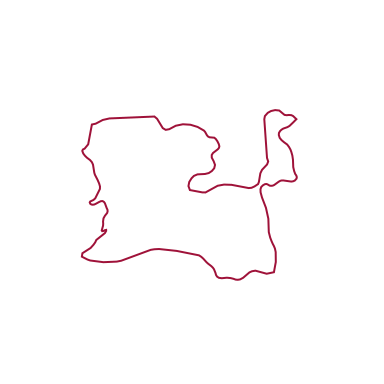 the County of Mehedinti, rotated 145°
{"feature_id": "ROU-124", "entity_name": "Mehedinti", "entity_type": "County", "adm_level": 1, "iso_a3": "ROU", "parent_name": "Romania", "parent_adm1": "", "projection": "equal_earth", "projection_center": [22.715, 44.596], "detail": "fine", "context": "isolated", "style": "outline", "palette": "rose", "viewbox_px": 384, "rotation_deg": 145, "n_neighbors": 0, "source": "natural_earth", "source_scale": "10m", "svg_char_len": 2624}
<svg xmlns="http://www.w3.org/2000/svg" viewBox="0 0 384 384"><g transform="rotate(145 192 192)"><path d="M235.3,304.7L231.7,303.2L223.8,302.2L217.4,299.6L179.7,275.5L179.5,275.4L178.6,272.0L179.3,261.1L177.9,258.0L174.6,256.5L167.3,255.6L160.6,252.7L154.7,248.0L150.1,242.1L147.0,235.5L146.8,233.7L147.2,230.1L147.1,228.4L146.3,226.8L142.6,223.7L142.1,221.8L142.1,218.9L142.6,215.8L143.4,213.7L144.6,212.7L146.2,212.2L152.4,211.9L154.6,211.0L156.1,208.8L156.6,204.8L157.6,201.0L160.2,198.7L163.7,197.8L167.4,197.9L171.0,199.3L177.4,203.3L181.2,204.1L184.5,203.5L188.5,201.8L191.5,198.9L192.6,194.8L183.7,185.7L181.2,183.9L167.4,182.4L161.5,179.7L155.5,175.2L143.3,162.7L140.8,161.3L137.6,160.7L133.3,160.6L131.4,161.9L125.3,168.1L121.9,170.0L114.7,171.5L112.1,173.3L111.0,176.9L91.0,210.2L88.7,212.4L84.5,213.4L80.8,213.0L76.9,211.4L73.8,208.7L72.0,202.1L70.4,200.6L68.4,199.5L66.5,197.9L65.6,196.2L65.0,193.3L64.7,191.8L69.0,191.0L74.2,190.2L76.6,190.4L80.9,191.6L83.0,191.7L84.9,191.4L86.9,190.5L88.2,188.9L89.1,186.0L88.9,183.2L88.1,180.1L86.8,176.3L86.7,173.3L87.0,170.3L87.7,167.7L88.9,164.3L90.8,160.5L94.8,154.3L96.3,150.6L97.1,147.6L97.1,145.7L97.6,144.1L98.7,143.0L101.3,142.4L103.1,142.8L104.7,143.6L110.7,149.2L111.9,150.0L113.2,150.5L115.0,150.7L120.7,150.6L122.2,150.9L123.5,151.6L124.7,152.6L125.8,155.0L126.6,156.0L127.9,156.6L129.9,156.8L132.4,156.4L134.3,155.0L136.0,152.4L137.8,147.4L140.5,136.6L144.8,126.3L152.1,115.1L154.1,109.8L155.0,106.2L155.6,103.2L155.9,100.8L156.5,98.1L157.9,94.8L163.5,86.6L170.9,79.3L177.7,82.2L185.2,91.2L188.4,92.7L191.1,93.2L199.3,92.4L202.7,92.8L204.8,93.8L206.5,95.2L207.8,97.1L209.7,99.3L212.6,101.8L217.1,104.3L219.2,106.3L220.0,108.3L219.9,110.3L219.2,112.2L218.3,116.1L218.3,118.0L218.7,120.2L219.9,124.0L220.4,126.2L221.0,131.0L221.6,133.6L222.6,136.1L238.3,152.5L251.7,164.2L255.7,166.7L259.0,168.3L289.4,176.3L293.5,178.1L304.8,185.3L314.7,194.3L316.4,196.7L319.3,202.2L316.9,204.7L307.2,204.3L302.9,205.3L300.1,206.3L297.9,207.6L286.9,208.3L284.6,209.4L284.1,210.2L285.3,210.7L286.9,210.9L288.0,211.4L288.0,212.3L284.2,215.4L282.9,217.0L281.9,218.7L279.6,221.2L276.9,222.5L273.5,223.5L272.1,224.7L271.4,226.0L271.1,227.8L269.8,232.7L269.8,234.3L270.4,235.8L271.8,236.7L273.8,237.1L277.5,237.5L279.2,237.8L280.6,238.5L281.6,239.5L282.1,240.8L281.7,242.2L280.8,242.6L277.3,242.0L274.9,242.3L265.7,247.3L264.2,249.3L263.2,252.2L262.4,256.1L261.6,261.9L261.0,263.8L257.4,271.2L256.9,273.8L257.2,276.7L258.4,280.4L258.9,283.2L259.0,285.9L258.3,288.6L257.0,289.4L255.1,289.1L249.7,290.6L235.3,304.7L235.3,304.7Z" fill="none" stroke="#9f1239" stroke-width="2"/></g></svg>